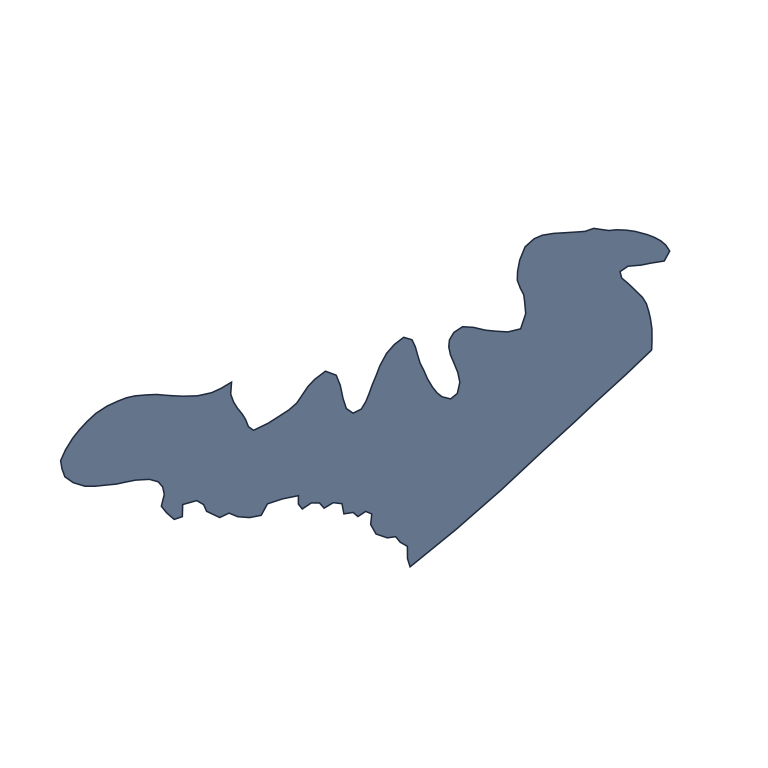 outline of Águas de Chapecó, Santa Catarina, Brazil, rotated 51°
{"feature_id": "56859067B84087976866977", "entity_name": "Águas de Chapecó", "entity_type": "district", "adm_level": 2, "iso_a3": "BRA", "parent_name": "Brazil", "parent_adm1": "Santa Catarina", "projection": "equal_earth", "projection_center": [-52.97, -27.053], "detail": "fine", "context": "isolated", "style": "filled", "palette": "slate", "viewbox_px": 768, "rotation_deg": 51, "n_neighbors": 0, "source": "geoboundaries", "source_scale": "gbopen_adm2", "svg_char_len": 2189}
<svg xmlns="http://www.w3.org/2000/svg" viewBox="0 0 768 768"><g transform="rotate(51 384 384)"><path d="M464.8,88.8L460.5,78.3L453.4,77.6L446.9,78.8L440.2,81.6L433.4,85.5L423.3,92.9L416.8,99.0L410.5,106.2L406.2,112.7L395.0,123.1L391.9,131.7L387.6,137.9L382.5,145.1L373.7,157.4L368.0,167.3L365.6,175.9L366.2,188.0L373.0,200.4L380.5,209.3L387.2,215.1L395.4,217.8L402.5,219.2L408.5,222.9L418.5,229.6L427.1,243.1L421.5,254.9L413.3,263.9L406.0,271.3L396.3,278.8L388.9,286.9L387.9,297.3L390.9,305.4L395.9,310.3L403.1,314.0L412.9,316.8L421.5,319.4L430.4,324.0L437.5,333.0L437.5,341.6L430.5,346.9L424.6,348.3L417.2,348.3L407.1,346.9L399.0,344.6L390.5,342.8L383.1,339.8L374.7,336.2L367.2,334.4L360.1,339.3L359.8,351.1L361.8,362.7L367.3,375.9L372.7,385.2L377.3,393.8L381.8,401.2L386.2,409.1L389.2,417.4L387.2,426.4L379.4,428.7L369.6,425.0L357.5,418.8L347.1,415.6L337.2,421.4L336.8,435.0L338.1,444.8L341.6,456.1L343.9,463.8L344.3,474.2L342.9,487.2L341.6,498.6L337.9,514.5L331.8,516.2L324.5,513.9L318.3,513.1L310.3,513.1L303.2,512.2L295.4,509.5L286.6,501.3L284.9,513.1L282.3,523.4L275.8,536.4L267.0,547.9L260.3,555.4L255.6,560.5L249.1,567.2L243.3,575.0L236.6,584.8L232.6,592.9L229.7,602.0L226.9,613.1L225.5,626.6L226.3,638.4L227.8,649.0L230.2,660.0L234.7,672.9L240.1,683.6L247.2,687.6L255.2,690.4L265.1,687.6L275.2,680.8L281.6,672.9L287.0,664.6L293.3,655.1L297.4,647.0L302.4,637.5L310.5,626.3L317.9,621.0L324.7,620.8L331.5,624.2L338.9,634.0L347.4,634.0L357.2,632.3L360.2,624.2L351.0,616.3L356.8,602.9L364.2,600.1L371.3,602.0L384.4,595.7L386.8,585.7L395.2,581.1L403.1,572.7L408.8,562.1L403.8,550.0L409.4,535.2L416.9,520.8L423.4,526.1L429.7,526.2L430.7,515.3L435.9,509.0L442.8,508.7L444.3,498.1L450.6,492.0L459.7,496.9L464.4,488.8L470.6,487.7L471.5,478.4L477.3,475.3L484.8,482.8L495.6,484.6L505.7,478.2L510.0,471.0L517.1,471.0L524.9,468.0L534.4,475.6L542.5,478.8L542.4,420.0L540.1,359.7L537.7,325.8L536.1,303.6L533.4,258.6L531.3,231.0L528.9,189.8L526.0,154.6L518.8,148.3L509.8,141.1L500.9,135.8L494.3,132.6L486.6,129.5L479.4,128.6L471.7,129.5L464.8,130.3L458.4,131.2L451.3,132.6L445.2,129.8L446.0,120.3L453.4,109.4L458.1,100.4L464.8,88.8Z" fill="#64748b" stroke="#1e293b" stroke-width="1.5"/></g></svg>